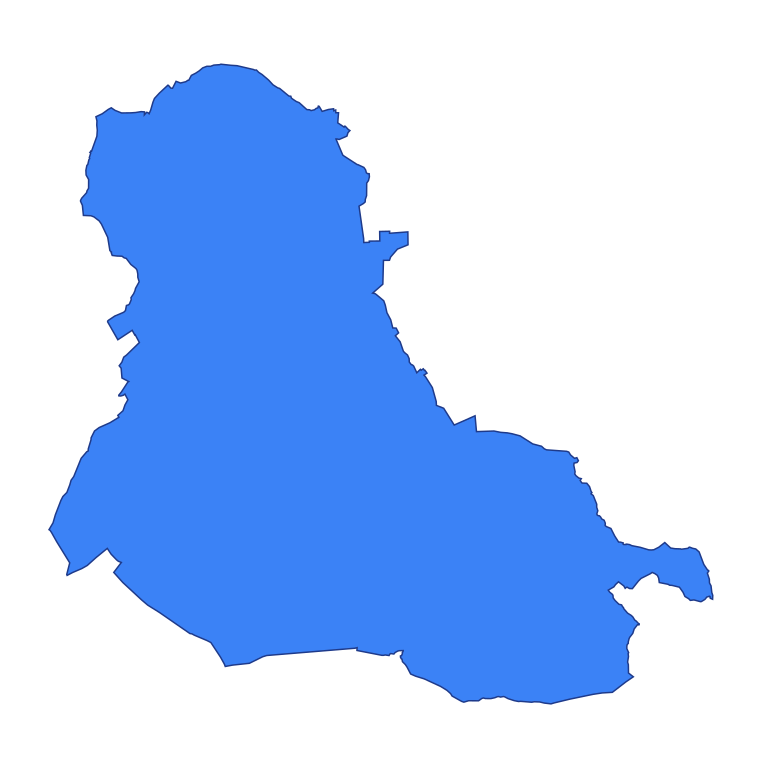 Sibiu, Sibiu, Romania (Equal Earth projection), rotated 271°
{"feature_id": "2599482B24946279921532", "entity_name": "Sibiu", "entity_type": "district", "adm_level": 2, "iso_a3": "ROU", "parent_name": "Romania", "parent_adm1": "Sibiu", "projection": "equal_earth", "projection_center": [24.141, 45.783], "detail": "fine", "context": "isolated", "style": "filled", "palette": "blue", "viewbox_px": 768, "rotation_deg": 271, "n_neighbors": 0, "source": "geoboundaries", "source_scale": "gbopen_adm2", "svg_char_len": 6075}
<svg xmlns="http://www.w3.org/2000/svg" viewBox="0 0 768 768"><g transform="rotate(271 384 384)"><path d="M367.5,436.5L381.3,432.4L391.9,425.4L393.6,423.8L395.6,426.8L397.5,425.4L398.5,424.6L398.3,424.2L399.9,423.0L398.4,420.9L399.3,420.1L395.8,416.6L402.4,413.4L403.5,412.2L403.9,410.9L406.4,408.9L409.8,408.7L413.4,407.0L415.7,404.1L417.1,402.8L426.5,399.4L432.4,394.5L435.4,397.7L440.1,395.2L440.2,391.8L448.3,389.6L455.3,385.7L462.9,383.9L467.2,382.3L473.3,374.8L474.2,373.5L474.7,371.1L483.8,381.1L507.6,381.3L507.8,387.3L511.1,388.4L519.1,395.1L523.6,405.6L536.5,405.2L534.8,386.9L536.8,387.0L536.4,377.0L526.9,377.3L526.6,366.8L525.4,366.9L525.1,361.3L529.0,361.1L561.4,355.9L564.1,360.3L565.7,362.0L568.3,362.1L572.0,363.3L584.6,363.2L587.1,364.9L590.9,365.8L594.0,365.5L594.1,363.8L594.9,362.7L597.9,361.8L600.2,360.1L602.9,354.0L602.9,353.4L611.9,339.0L612.8,338.5L628.1,331.7L628.2,332.6L627.7,334.9L631.2,342.6L634.7,343.6L636.8,345.5L638.0,343.7L641.0,340.8L641.1,340.2L640.2,339.6L644.3,333.2L654.4,333.8L654.4,331.1L657.1,330.9L656.3,329.1L658.3,328.8L657.5,323.6L655.5,317.4L660.5,314.3L660.7,313.5L658.9,313.0L658.4,311.4L657.0,309.8L656.1,306.3L656.9,304.8L657.0,302.1L663.8,294.3L664.9,291.4L667.5,287.4L668.3,286.4L670.1,285.8L670.2,284.1L670.7,283.3L677.7,274.5L678.3,272.5L681.2,267.8L685.8,263.4L691.3,256.7L693.4,253.3L695.7,251.0L695.6,249.2L696.1,248.3L699.7,231.5L700.0,225.3L700.9,215.3L700.4,214.0L699.9,208.3L698.6,205.0L698.6,201.4L696.9,197.2L693.9,193.8L691.5,190.3L689.2,186.0L684.3,183.5L684.2,182.5L682.8,180.6L681.4,175.3L683.0,170.8L676.0,167.4L676.1,165.7L678.8,163.3L679.0,162.7L671.0,154.4L665.5,149.5L661.8,148.1L653.7,145.9L650.1,144.4L651.2,143.2L651.5,141.9L648.9,139.7L651.9,139.8L652.1,136.4L651.1,130.9L650.7,126.3L650.4,116.9L652.9,110.3L655.4,106.5L653.8,103.6L649.3,97.6L646.2,91.3L642.0,92.4L637.8,92.3L632.8,92.9L626.7,92.6L611.6,87.5L611.8,86.8L611.0,86.6L610.5,85.9L609.7,86.7L605.2,85.4L604.2,85.8L603.1,85.0L598.3,84.0L597.4,83.1L592.5,82.2L587.8,82.5L583.3,85.1L574.5,85.2L572.0,83.7L570.1,83.3L564.5,78.5L562.3,77.4L561.4,77.4L557.4,79.3L547.3,80.5L547.1,88.1L546.0,91.1L542.1,96.4L538.9,98.7L525.8,105.2L512.6,107.6L511.1,109.2L510.7,108.9L507.8,110.0L507.3,114.8L507.2,119.8L505.6,122.0L505.1,124.1L499.1,128.8L495.1,134.0L493.4,135.1L489.7,135.9L486.4,136.0L481.9,137.4L475.3,133.9L473.0,133.4L469.9,132.1L465.9,129.5L463.9,129.8L459.6,128.1L458.7,127.2L458.0,125.1L452.9,124.2L451.2,122.5L447.3,113.7L443.0,107.5L442.1,106.6L441.3,106.6L423.6,117.1L433.3,131.3L428.6,134.0L428.9,134.4L421.2,138.7L408.4,126.0L406.3,123.3L401.2,121.5L397.6,118.9L395.2,120.9L385.4,121.9L382.0,128.7L381.4,127.8L371.5,121.6L368.2,119.0L367.5,119.1L367.4,121.0L368.2,123.6L369.4,125.1L363.8,128.2L358.6,125.4L352.7,123.5L348.0,118.4L346.1,119.5L340.4,110.5L335.5,100.0L332.0,95.4L325.1,92.1L323.0,92.0L313.8,89.4L312.0,89.5L311.0,87.9L304.4,82.5L286.0,75.4L282.3,72.8L277.7,71.6L270.0,68.8L265.9,64.9L262.0,63.0L247.5,57.7L239.4,55.5L232.5,51.6L231.8,52.7L229.8,54.1L220.6,59.5L199.7,72.9L188.0,70.1L187.1,70.5L190.1,76.0L194.2,85.1L197.4,90.5L205.5,99.2L214.8,110.2L209.0,114.2L203.5,119.7L202.1,121.5L201.0,124.5L190.9,117.1L181.0,126.3L163.9,145.4L158.8,151.6L151.5,163.7L131.1,194.3L130.8,196.4L129.6,198.6L124.4,211.5L122.5,215.4L108.2,225.2L101.3,229.2L98.8,230.2L100.3,237.5L102.4,254.3L109.2,267.5L110.5,271.5L119.3,359.6L119.9,361.7L117.1,361.6L112.7,386.5L112.7,388.1L113.1,390.0L112.6,393.8L114.2,394.7L114.6,395.3L114.2,398.6L115.7,399.8L117.1,402.2L117.6,403.6L117.8,407.8L116.9,407.7L115.5,406.9L114.6,407.1L112.7,406.2L112.4,405.2L111.2,405.2L109.5,406.1L109.2,406.8L106.7,407.3L103.8,410.3L101.3,412.0L94.5,415.7L92.4,420.8L89.9,429.3L82.6,445.9L78.8,452.3L75.6,456.0L73.2,457.5L68.0,467.2L67.3,469.4L68.8,474.2L68.9,484.1L71.3,487.3L71.8,488.9L71.3,490.7L71.3,496.3L72.3,500.4L73.3,502.7L73.5,504.1L73.0,506.0L73.6,508.8L73.4,509.9L71.6,513.5L69.7,519.6L68.9,524.0L69.1,526.2L68.4,537.2L68.9,539.8L68.8,545.3L67.8,549.7L67.1,556.6L68.1,559.7L72.1,575.1L77.4,598.6L78.9,607.5L79.7,617.7L90.2,630.8L95.6,638.4L99.3,633.5L107.7,633.2L110.2,632.4L115.8,633.2L118.8,632.8L119.6,633.3L123.7,631.4L126.3,631.4L127.7,631.7L129.0,632.8L130.3,632.7L133.7,633.5L135.0,634.1L139.0,637.1L143.4,638.4L147.7,641.6L147.6,643.1L148.2,643.4L148.6,643.4L148.9,642.7L151.3,640.4L152.4,638.8L155.4,636.9L156.9,635.3L159.2,631.5L163.6,627.6L164.7,627.3L165.5,626.4L167.3,625.4L167.9,622.7L171.6,618.8L174.1,616.9L176.8,616.6L177.7,616.0L179.9,613.2L181.8,611.8L185.2,617.4L187.5,619.0L190.3,621.9L186.3,627.3L183.9,628.7L184.9,629.9L185.1,630.6L183.8,633.0L183.7,635.9L191.5,641.9L194.1,644.4L199.0,653.7L200.3,655.4L199.1,658.2L197.4,660.7L194.7,662.0L190.3,662.7L188.7,671.5L187.8,673.1L187.7,675.4L186.0,682.9L181.0,686.6L176.8,688.6L174.6,692.4L173.0,694.0L173.5,697.7L171.9,704.1L172.0,705.1L174.2,708.6L176.6,710.5L177.5,713.1L177.2,713.7L175.9,713.7L175.4,714.1L174.5,716.3L178.4,716.4L181.2,715.4L187.9,714.5L190.8,712.9L194.5,712.7L200.6,710.6L202.6,712.0L203.2,711.8L203.7,710.7L209.2,706.9L221.6,702.0L224.5,698.6L225.1,695.5L226.2,692.5L226.1,691.9L225.0,690.7L224.0,684.3L224.3,683.4L224.4,677.8L225.0,673.5L230.4,667.5L225.6,661.6L223.0,656.7L222.7,654.2L222.8,651.6L225.2,643.0L226.7,634.6L227.7,632.4L228.1,629.8L228.1,628.9L227.7,628.8L227.7,626.4L228.2,625.8L229.3,625.9L230.0,623.3L230.1,621.3L236.1,617.3L243.5,613.4L245.3,608.9L246.3,607.6L248.7,607.7L251.6,606.5L252.9,604.0L254.8,602.9L256.0,601.7L256.1,600.4L256.8,599.4L258.1,599.1L261.0,600.0L264.5,598.8L267.5,598.8L275.4,595.5L276.2,595.1L277.7,593.0L278.3,593.0L279.0,593.8L280.4,592.9L285.0,591.3L288.3,588.5L288.4,584.1L288.7,583.4L291.0,581.8L292.8,582.9L293.4,580.4L295.7,577.5L297.4,576.3L299.6,576.6L305.9,575.2L308.2,575.4L308.9,578.4L310.7,579.7L313.7,578.1L313.0,575.8L316.3,571.8L319.2,569.9L319.9,567.7L321.0,547.7L322.0,545.4L324.5,542.6L326.7,533.7L334.5,521.0L336.5,512.9L337.3,508.1L337.7,501.5L338.9,494.8L338.0,477.3L353.8,475.6L344.2,454.9L360.8,444.1L363.5,436.8L367.5,436.5Z" fill="#3b82f6" stroke="#1e3a8a" stroke-width="1.5"/></g></svg>